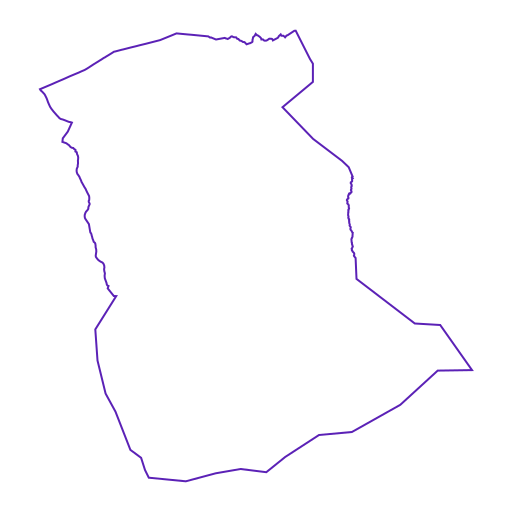 Bayan-Uul, Dornod, Mongolia
{"feature_id": "93677404B89192835653586", "entity_name": "Bayan-Uul", "entity_type": "district", "adm_level": 2, "iso_a3": "MNG", "parent_name": "Mongolia", "parent_adm1": "Dornod", "projection": "orthographic", "projection_center": [112.71, 49.077], "detail": "fine", "context": "isolated", "style": "outline", "palette": "violet", "viewbox_px": 512, "rotation_deg": 0, "n_neighbors": 0, "source": "geoboundaries", "source_scale": "gbopen_adm2", "svg_char_len": 5755}
<svg xmlns="http://www.w3.org/2000/svg" viewBox="0 0 512 512"><path d="M437.7,370.6L472.0,370.1L440.2,325.0L414.8,323.5L356.5,278.9L355.6,258.0L354.1,256.2L353.9,255.6L354.2,255.2L354.2,254.4L354.3,253.9L354.2,253.5L354.0,253.2L353.9,252.8L353.6,252.5L353.2,252.2L352.9,251.8L352.7,251.7L352.5,251.3L352.4,251.1L352.4,250.9L352.3,250.7L352.1,250.6L351.9,250.4L351.9,249.8L351.9,249.4L351.6,248.8L351.7,248.6L351.8,248.4L352.1,248.1L352.2,247.8L352.3,247.6L352.4,247.4L352.7,246.8L352.8,246.6L352.7,246.3L352.5,246.0L352.5,245.9L352.5,245.5L352.4,245.2L352.2,244.9L352.2,244.6L352.0,244.3L351.9,243.9L352.0,243.3L351.9,242.8L351.9,242.5L351.7,242.3L351.6,242.1L351.6,241.8L351.6,241.5L351.6,241.2L351.5,240.2L351.4,239.4L351.4,239.1L351.6,238.7L351.8,238.5L351.8,238.1L351.9,237.8L352.0,237.7L352.2,237.4L352.3,237.2L352.5,236.7L352.5,236.2L352.5,235.5L352.6,234.7L352.6,233.4L352.8,232.8L352.6,232.6L352.2,232.2L352.0,231.8L351.5,230.8L351.1,230.3L350.8,230.0L350.5,229.5L350.4,229.1L350.4,228.7L350.5,228.2L350.7,227.7L350.7,227.4L350.7,227.1L350.5,226.8L350.3,226.6L349.8,226.0L349.7,225.8L349.6,225.6L349.7,225.1L349.8,224.5L349.7,224.3L349.6,223.9L349.4,223.5L349.2,222.8L349.2,222.5L349.2,222.3L349.2,222.1L349.3,222.0L349.3,221.8L349.1,221.5L349.2,220.7L349.1,220.4L349.0,220.2L349.1,219.9L349.2,219.5L349.2,219.3L349.0,219.0L348.7,218.9L348.5,218.6L348.5,218.3L348.5,218.1L348.5,217.8L348.3,217.6L348.3,217.3L348.4,216.8L348.5,216.5L348.5,216.3L348.4,216.0L348.3,215.7L348.1,215.3L348.1,215.1L348.1,214.8L348.2,213.6L348.2,213.3L348.2,212.5L348.4,212.2L348.5,212.0L348.3,211.4L348.3,211.1L348.4,210.8L348.5,210.6L348.3,210.2L348.3,209.9L348.5,209.5L348.7,209.3L348.7,209.1L349.0,208.8L349.0,208.6L349.1,208.2L348.8,207.7L348.7,206.7L348.8,206.0L348.8,205.8L348.8,205.5L348.6,205.2L348.5,204.9L348.5,204.6L348.4,204.4L347.9,204.1L347.6,203.8L347.3,203.5L347.3,203.2L347.4,202.8L347.5,202.0L347.6,201.7L347.5,201.2L347.2,200.9L346.9,200.5L346.9,200.1L346.9,199.8L347.0,199.6L347.2,199.3L347.7,198.9L348.3,198.6L348.4,198.3L348.5,198.0L348.3,197.5L348.1,197.1L348.1,196.8L348.1,196.5L348.2,196.2L348.2,195.7L348.3,195.5L348.6,195.2L348.6,194.6L348.8,194.3L348.9,194.1L349.0,193.8L349.1,193.5L349.3,193.4L349.6,193.5L349.9,193.6L350.0,193.7L350.3,193.5L350.3,193.0L350.6,192.7L350.9,192.6L351.3,192.4L351.5,192.1L351.5,191.7L351.5,191.4L351.5,191.2L351.3,190.9L351.1,190.6L350.9,190.1L351.0,189.7L351.1,189.4L351.5,188.9L351.5,188.7L351.4,188.1L351.2,187.8L351.2,187.5L351.3,187.1L351.3,186.7L351.5,186.4L351.7,186.2L351.8,185.9L351.6,185.4L351.5,185.2L351.6,184.5L351.1,183.8L350.8,183.3L350.7,183.1L350.7,182.8L350.9,182.5L350.9,182.3L351.1,182.2L351.3,182.0L352.0,181.5L352.1,181.3L352.2,181.0L352.1,180.3L352.0,179.6L352.1,179.2L352.1,178.9L352.2,178.7L352.6,178.5L352.7,178.4L352.3,178.1L351.9,177.9L351.8,177.7L351.9,177.3L352.1,176.7L352.6,176.5L348.7,167.2L342.1,160.9L313.1,138.9L282.5,107.2L312.9,81.9L312.9,63.7L310.0,59.0L295.7,30.7L294.3,30.8L287.5,35.3L286.6,35.5L285.1,37.3L284.5,36.6L283.2,35.7L282.9,35.7L282.0,35.8L281.4,35.7L280.7,34.4L280.0,35.1L279.2,35.8L278.8,36.2L278.6,36.5L278.2,37.4L277.7,37.9L272.9,40.4L272.5,39.4L272.1,39.0L271.6,38.8L269.4,38.7L269.1,38.8L267.8,39.8L266.6,40.5L266.2,40.6L264.9,40.7L264.1,40.5L263.7,40.2L263.4,39.8L262.9,39.4L262.5,39.4L261.4,39.5L261.2,38.6L260.8,37.9L259.6,36.7L257.6,35.3L256.9,35.2L255.7,33.9L254.6,35.9L253.9,36.5L253.1,37.2L252.7,39.3L252.5,39.8L252.5,41.3L252.4,41.8L252.0,42.2L250.1,43.2L249.8,43.2L246.6,44.3L244.5,42.1L243.0,42.0L242.0,41.3L241.0,40.8L239.7,40.5L238.4,39.0L237.2,38.8L236.2,37.4L233.6,37.2L231.9,36.3L230.8,36.7L230.5,37.1L229.8,37.8L227.7,39.0L226.7,38.6L225.7,38.4L224.8,37.9L216.0,39.5L210.9,37.4L210.1,37.6L208.3,36.4L206.3,36.2L190.8,34.7L188.2,34.5L176.5,33.4L170.7,35.8L169.7,36.2L160.1,40.1L146.1,43.7L139.5,45.3L136.5,46.1L133.6,46.8L130.7,47.5L126.8,48.5L122.9,49.5L121.9,49.7L118.9,50.5L115.1,51.5L114.0,51.7L112.3,52.8L108.1,55.4L106.4,56.4L104.7,57.5L103.6,58.0L102.5,58.8L93.8,64.2L87.2,68.5L84.6,70.0L81.5,71.3L78.7,72.6L74.1,74.5L69.8,76.3L64.5,78.7L56.1,82.3L54.3,83.1L52.3,84.0L47.1,86.2L40.0,89.2L40.7,90.4L41.3,90.9L42.3,91.8L44.5,94.2L45.2,95.4L45.7,96.5L46.2,97.4L46.9,99.0L47.3,100.1L48.0,102.1L48.9,104.2L50.1,106.8L51.4,108.8L53.5,111.5L56.3,114.7L57.0,115.5L58.1,116.6L59.5,118.2L60.8,119.0L62.8,119.5L65.2,120.4L67.9,121.5L69.0,121.9L70.7,122.2L71.9,122.6L67.8,131.6L62.8,138.3L62.4,141.9L66.2,143.2L66.7,143.5L67.8,144.4L68.7,144.9L69.7,146.0L70.6,147.1L72.0,147.8L73.3,148.0L74.0,148.9L74.7,149.3L75.6,150.1L75.4,151.5L76.8,152.3L76.9,153.5L77.2,154.4L77.9,155.8L78.2,157.4L78.1,159.3L77.9,160.7L78.0,162.2L78.0,163.7L77.7,165.2L77.7,166.7L77.2,167.8L76.8,168.7L76.6,170.1L76.7,171.9L77.3,173.8L78.5,175.4L79.5,177.0L79.8,177.9L81.1,180.6L81.5,181.9L82.0,182.7L84.6,187.4L85.5,188.7L86.2,190.3L87.3,192.6L88.4,194.7L89.1,196.1L89.3,197.9L89.2,200.0L88.7,201.0L88.8,202.0L89.6,203.5L89.6,204.4L89.1,205.4L88.4,207.1L88.3,208.8L87.5,210.1L86.0,211.7L85.3,213.1L84.7,215.0L84.7,216.6L84.9,217.9L85.4,218.9L88.9,224.1L90.2,231.8L90.4,232.6L91.0,233.2L91.4,234.2L91.7,235.6L92.1,236.8L92.5,238.6L93.2,240.2L93.7,241.8L94.9,242.8L95.3,243.6L95.6,245.6L95.6,247.2L96.2,249.5L96.3,251.6L96.0,253.6L95.7,255.8L95.9,256.9L97.0,258.5L98.3,260.0L99.6,261.0L100.9,261.8L102.4,262.5L103.4,263.6L104.2,265.5L104.4,267.5L104.1,269.1L104.3,271.1L104.9,273.3L104.6,275.8L104.8,278.2L105.4,279.9L106.1,281.8L106.5,282.9L106.8,284.5L107.3,285.4L108.5,286.0L107.7,288.4L113.8,296.0L116.2,296.1L95.3,329.4L97.5,360.5L105.6,393.6L115.5,411.7L130.4,449.9L141.1,457.8L145.0,470.0L148.8,477.7L185.8,481.3L215.7,473.3L240.6,469.0L266.3,472.2L285.3,456.9L319.0,435.0L351.9,432.0L400.3,404.8L437.7,370.6Z" fill="none" stroke="#5b21b6" stroke-width="2"/></svg>